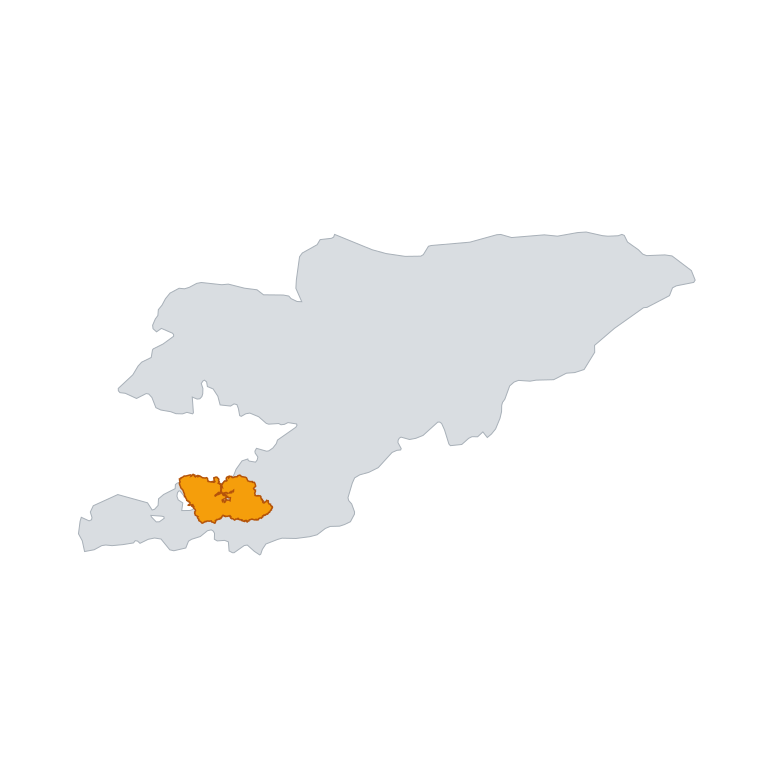 Kadamjay, Batken, Kyrgyzstan shown in context, rotated 353°
{"feature_id": "92254566B89455719533038", "entity_name": "Kadamjay", "entity_type": "district", "adm_level": 2, "iso_a3": "KGZ", "parent_name": "Kyrgyzstan", "parent_adm1": "Batken", "projection": "equal_earth", "projection_center": [71.702, 39.995], "detail": "fine", "context": "in_parent", "style": "filled", "palette": "amber", "viewbox_px": 768, "rotation_deg": 353, "n_neighbors": 0, "source": "geoboundaries", "source_scale": "gbopen_adm2", "svg_char_len": 9806}
<svg xmlns="http://www.w3.org/2000/svg" viewBox="0 0 768 768"><g transform="rotate(353 384 384)"><path d="M164.7,458.4L166.6,457.2L172.7,455.9L185.1,454.7L189.3,455.6L197.8,460.7L204.2,460.1L205.5,460.8L207.9,465.1L216.9,458.8L223.4,456.9L226.8,450.6L233.7,443.0L239.7,441.8L239.8,443.0L240.9,444.1L247.0,445.9L248.9,443.9L249.9,441.1L247.7,436.8L247.7,434.9L249.6,432.3L259.3,436.4L261.5,436.3L265.9,434.0L270.0,429.9L271.4,426.7L291.2,416.2L292.6,414.4L292.4,413.0L284.0,410.6L280.3,411.9L276.8,411.9L274.7,410.4L264.6,409.8L262.3,408.7L255.6,401.2L247.3,396.5L243.2,396.7L238.4,398.7L236.9,397.8L236.5,390.7L235.5,386.5L232.7,385.5L229.0,387.2L218.8,384.8L217.6,375.9L213.8,368.1L208.4,365.0L208.2,360.3L206.3,358.3L204.7,358.9L202.7,361.2L203.7,366.4L202.9,371.6L201.7,374.3L199.4,376.2L196.7,376.2L192.1,373.6L191.3,389.4L190.4,390.3L184.9,388.1L180.5,389.1L173.9,388.1L168.9,385.5L159.3,382.6L154.7,379.7L152.0,369.1L149.3,365.3L146.8,364.5L136.6,368.2L126.1,361.7L120.9,360.4L119.5,358.4L119.7,356.0L135.8,344.3L142.1,336.2L146.1,332.8L156.2,329.3L158.4,321.9L159.3,321.0L169.5,317.4L181.0,311.0L181.2,309.2L180.1,307.7L169.8,301.7L164.6,304.5L161.5,301.0L161.5,297.5L165.0,291.5L167.9,288.5L169.1,282.7L173.2,278.8L177.5,272.7L182.7,267.7L192.3,264.0L197.6,265.2L202.6,264.3L210.4,261.3L215.1,261.0L235.1,265.7L241.7,265.9L257.2,271.9L269.4,275.0L275.3,280.8L294.8,283.4L300.2,285.1L302.1,287.9L307.7,291.5L312.4,292.3L308.2,278.3L309.7,270.0L315.7,247.4L318.9,244.0L334.6,237.6L338.2,232.9L349.6,233.0L351.9,232.1L353.2,229.5L388.6,249.3L402.0,254.8L420.5,259.9L436.1,261.6L438.8,260.4L444.9,252.7L447.8,252.3L486.5,253.7L514.1,249.6L518.1,249.8L528.5,254.2L561.3,255.5L574.2,258.4L594.6,257.3L603.2,257.8L618.9,263.4L624.3,264.6L634.5,265.4L638.3,264.5L640.6,265.8L643.0,272.8L652.9,281.8L656.6,286.6L660.3,288.6L678.5,290.1L685.5,292.0L702.9,308.9L705.5,318.8L703.8,320.9L686.1,322.2L682.1,323.7L678.1,331.1L654.4,340.0L650.9,339.9L619.4,356.9L597.7,371.3L597.0,378.2L584.4,394.0L574.7,395.9L566.4,395.5L552.9,400.4L535.4,398.7L529.4,399.0L517.9,396.8L513.4,397.9L508.5,401.2L502.1,413.8L499.4,416.7L498.2,419.6L497.3,425.8L494.9,432.3L489.3,442.2L484.5,446.8L480.0,449.7L476.3,443.6L470.5,447.8L464.9,447.0L461.5,448.2L453.8,453.5L442.4,453.3L441.1,451.5L438.5,437.0L436.4,430.2L434.7,428.6L432.7,428.4L416.5,439.8L408.9,441.8L402.6,442.2L394.4,438.8L392.6,439.6L391.2,441.5L390.7,443.8L393.2,450.2L392.5,451.5L388.8,451.4L383.7,452.9L368.1,466.3L358.2,469.8L348.9,471.2L343.4,473.6L340.4,478.6L334.4,492.4L334.7,495.3L337.3,499.1L339.2,507.4L338.8,509.6L333.9,516.6L327.6,518.7L322.6,519.7L313.1,518.8L308.2,520.2L299.2,525.5L291.8,526.5L277.8,526.6L264.0,524.6L259.5,525.3L247.3,528.4L243.1,533.3L240.9,537.9L239.8,538.5L234.9,534.3L228.7,527.2L225.6,527.3L214.6,533.2L213.0,533.0L209.9,530.8L210.3,521.7L206.8,519.8L199.3,519.4L196.7,517.4L197.6,511.5L196.7,509.3L194.8,507.7L190.9,508.1L183.1,513.0L174.0,514.7L170.8,516.2L167.3,522.6L155.1,523.9L151.2,522.5L143.8,510.7L137.5,508.9L131.1,509.4L122.4,512.4L120.3,509.9L118.0,509.2L116.0,511.2L105.3,511.6L94.4,511.3L88.2,509.9L84.2,510.0L76.1,513.2L66.4,513.8L65.4,502.8L62.5,495.4L65.6,483.3L67.3,479.4L74.6,483.9L77.2,483.1L77.9,480.8L76.9,475.3L80.6,469.4L106.3,461.3L134.8,473.1L138.5,480.8L141.0,480.4L145.0,477.0L146.2,470.5L151.8,466.8L164.0,462.4L164.7,458.4ZM179.2,485.2L179.8,484.1L177.7,478.5L180.6,473.2L174.8,472.3L171.9,470.7L168.6,465.4L167.5,465.1L165.8,466.6L164.8,470.1L165.6,473.9L169.8,477.5L167.8,485.0L176.3,485.9L179.2,485.2ZM149.5,490.5L149.3,488.9L147.3,488.1L136.6,486.0L136.9,487.5L141.1,493.1L144.2,493.4L149.5,490.5ZM213.1,480.8L213.7,477.3L207.3,479.3L206.5,481.1L208.7,483.3L211.5,484.1L213.1,480.8Z" fill="#d9dde1" stroke="#a8b0b8" stroke-width="1"/><path d="M258.0,493.5L258.3,492.6L258.1,491.9L257.6,491.9L257.3,491.2L256.8,490.9L256.6,490.0L256.7,489.5L255.4,489.1L254.6,487.4L254.9,486.8L254.7,486.5L254.8,485.7L253.7,485.5L253.4,485.2L252.3,486.5L251.6,486.6L250.8,487.3L250.3,487.4L249.6,487.1L249.3,486.7L249.3,486.1L250.1,485.6L250.0,485.4L249.2,484.9L249.2,484.6L248.8,484.1L249.0,483.8L248.3,483.7L248.4,482.6L247.8,481.9L248.1,480.8L247.7,480.1L245.8,479.5L245.6,479.7L244.9,479.4L244.4,479.7L242.4,478.9L242.6,478.0L242.3,476.5L243.3,475.1L243.1,474.4L243.5,473.7L242.4,473.1L242.1,472.7L241.8,471.7L242.4,471.3L242.8,470.7L243.9,470.2L244.2,469.7L243.9,467.5L243.7,467.1L243.5,466.2L243.1,465.7L242.3,465.8L241.5,465.6L241.5,464.8L239.0,464.5L237.0,463.5L236.1,460.4L235.2,459.7L231.3,458.5L230.2,457.1L229.6,456.9L227.8,457.2L227.0,458.1L224.1,458.0L223.9,458.3L222.6,458.5L221.7,458.2L221.7,457.5L221.4,457.2L219.3,456.8L219.2,456.6L216.7,457.3L215.9,458.3L216.1,460.0L216.4,460.6L216.1,461.0L215.2,461.1L214.3,460.8L213.5,461.2L212.4,462.5L211.0,463.5L211.2,463.9L210.4,464.3L210.1,465.4L209.9,465.0L209.5,465.0L209.7,464.4L209.3,463.5L208.9,463.4L209.0,463.2L208.5,463.1L207.7,462.4L207.3,462.3L207.4,461.9L207.0,461.8L208.5,462.1L208.1,461.7L208.0,461.0L208.4,460.9L208.8,461.2L208.0,459.5L208.4,458.7L208.3,458.0L207.3,457.1L207.3,456.5L206.5,456.0L205.6,455.9L204.5,456.4L204.2,456.2L203.7,456.3L203.6,457.4L203.8,457.7L203.6,458.5L204.2,460.1L203.4,460.0L203.7,460.4L203.4,460.9L202.2,460.6L202.1,460.1L201.3,460.0L201.3,460.3L201.2,460.1L200.7,460.3L198.4,459.4L197.7,459.4L197.4,459.0L197.6,458.5L197.3,458.0L197.3,456.2L196.6,455.4L196.1,455.3L195.3,455.6L192.4,454.9L190.2,453.0L188.8,453.2L189.4,452.6L188.9,452.3L188.3,452.4L187.9,452.1L187.6,452.3L187.6,452.6L187.0,452.7L186.9,452.6L186.9,452.4L186.3,452.3L185.5,453.2L184.8,452.6L184.4,451.7L184.9,451.3L183.5,450.4L182.2,451.3L181.8,451.9L181.4,452.0L182.0,451.3L180.7,450.6L176.0,451.2L174.5,451.0L173.7,451.3L172.7,452.1L172.0,452.1L170.7,452.6L170.8,453.1L170.4,453.3L169.4,453.3L169.4,455.5L169.7,456.0L169.5,456.7L169.0,457.2L168.7,458.3L169.0,458.8L169.1,459.9L169.5,460.8L169.5,461.7L170.0,462.9L170.9,463.9L171.6,465.1L172.0,467.5L172.5,468.3L172.3,471.5L173.1,471.5L173.2,472.6L174.0,474.4L174.0,475.5L175.8,476.6L175.5,476.9L177.0,478.0L176.8,479.3L175.0,480.2L174.9,480.4L175.7,480.7L176.3,480.7L176.4,480.4L179.5,480.4L179.6,480.8L179.1,481.0L178.2,481.0L178.2,481.4L178.5,481.5L178.3,481.8L178.9,482.2L179.7,482.2L179.8,481.8L180.3,482.2L180.4,482.7L179.7,482.9L179.9,483.4L179.8,483.7L181.3,485.6L181.5,486.9L180.4,488.0L180.7,488.9L180.3,489.5L180.8,490.7L180.7,491.1L183.1,492.9L182.7,493.1L182.6,494.0L182.8,494.2L183.0,494.9L183.3,495.1L183.8,495.8L183.5,496.2L183.6,496.9L183.8,497.3L185.0,498.0L186.5,500.0L187.9,499.7L188.5,499.2L189.5,499.1L189.7,498.6L191.0,498.9L191.4,498.5L192.2,498.5L194.0,498.9L195.8,498.8L196.1,499.9L198.3,500.8L198.6,501.4L199.4,501.4L200.3,499.7L200.0,498.9L201.2,498.6L201.6,498.1L202.4,498.4L203.2,497.9L204.3,498.1L204.7,497.5L205.1,497.8L205.8,497.6L205.9,496.8L206.7,496.6L207.0,495.6L207.8,495.3L208.1,494.7L208.4,494.7L208.7,495.3L209.4,495.3L209.5,495.6L209.8,495.6L209.8,495.9L210.7,496.0L210.8,496.3L211.5,496.1L212.3,496.3L213.5,496.0L214.3,496.4L215.0,495.9L215.9,497.1L215.8,497.5L215.3,497.7L215.5,498.4L216.4,499.2L217.0,499.1L217.9,499.6L219.0,500.8L220.0,500.5L220.6,499.9L221.3,500.2L222.2,500.2L222.3,499.8L222.6,499.9L222.9,499.6L223.2,499.8L223.1,500.5L223.4,500.5L223.9,501.1L226.1,501.3L226.6,501.6L226.1,502.2L228.9,503.5L229.3,503.3L229.1,502.7L229.5,502.6L229.9,502.8L230.5,502.5L231.0,502.8L230.8,503.2L231.2,504.2L231.5,504.3L232.3,503.5L233.2,503.5L233.8,502.3L235.1,502.4L235.7,502.0L236.3,502.0L236.6,502.2L237.0,502.1L237.8,502.7L238.4,502.7L239.2,503.2L239.8,503.2L240.3,502.7L240.7,502.8L240.4,503.0L241.1,503.5L242.8,503.4L243.2,502.4L243.6,502.3L243.9,502.0L244.3,502.1L245.6,501.8L246.1,502.2L246.5,501.6L247.3,501.2L247.1,500.8L247.3,500.3L247.5,500.1L248.1,500.2L248.8,499.4L249.1,499.4L249.6,499.9L250.4,499.6L250.5,499.2L251.0,499.2L251.6,498.7L252.5,499.0L253.0,498.6L253.0,498.3L253.7,497.9L253.8,497.4L254.8,497.4L255.2,496.6L256.4,495.2L256.9,495.3L257.3,493.7L258.0,493.5ZM209.2,479.5L210.7,478.7L212.1,478.7L212.9,477.9L213.6,477.6L213.2,477.3L213.5,476.9L213.8,477.1L214.1,476.8L213.9,476.3L214.3,476.7L215.2,476.7L215.4,477.8L215.9,478.0L217.7,478.1L216.9,481.1L216.1,480.4L214.1,480.1L213.5,479.5L213.0,479.8L212.6,480.9L211.6,482.0L211.0,482.1L210.9,481.7L211.2,480.5L209.7,480.1L209.4,480.6L209.2,479.5ZM204.9,472.9L206.1,471.8L206.3,472.1L206.7,472.2L206.6,471.9L207.1,472.0L207.2,471.7L207.4,471.9L207.3,471.7L208.3,471.6L209.0,470.9L208.9,470.7L209.0,470.4L209.0,470.9L209.2,471.1L209.5,471.1L209.9,471.8L209.8,472.1L210.5,472.7L211.9,472.7L213.9,472.4L215.0,472.7L215.4,472.5L214.9,472.8L215.3,473.2L215.2,473.4L214.7,472.9L213.8,472.6L213.5,472.6L213.7,472.9L211.2,472.9L212.1,473.9L211.9,474.7L213.2,475.1L213.3,475.4L213.2,474.8L212.4,474.3L212.7,474.4L213.1,474.1L212.9,474.5L213.7,475.0L213.4,475.1L213.4,475.5L214.0,476.7L213.7,476.9L213.6,476.0L213.0,475.5L212.0,474.8L211.7,474.8L211.6,475.2L211.1,475.0L211.3,474.7L210.5,474.0L210.3,473.2L209.4,472.4L209.2,471.8L208.0,472.3L208.0,472.7L207.6,472.6L207.1,473.2L206.7,473.4L206.2,473.5L205.9,473.1L204.9,472.9ZM217.1,473.3L217.5,472.8L218.4,472.5L218.8,472.7L219.2,471.9L219.7,472.0L219.9,472.6L219.6,473.4L217.1,473.3ZM209.2,466.9L209.5,466.9L209.8,466.3L209.5,466.1L209.6,465.4L210.8,465.6L210.8,466.0L210.5,465.9L210.6,466.1L210.4,466.5L210.5,466.5L210.3,466.9L210.6,466.9L210.7,467.1L210.2,466.9L210.1,467.2L210.3,467.3L209.6,467.6L209.5,468.4L209.2,467.4L209.5,466.9L209.2,466.9ZM202.3,475.0L203.2,474.1L202.9,473.8L203.5,473.3L204.4,473.2L204.5,472.9L205.0,473.1L205.0,473.6L202.3,475.0ZM208.9,470.3L209.0,469.2L209.5,468.8L209.7,469.0L209.5,469.8L209.1,470.5L208.9,470.3ZM221.0,472.0L221.2,471.4L221.7,471.1L221.5,472.3L221.3,472.5L221.0,472.0ZM218.4,458.3L218.4,457.8L218.7,458.1L218.4,458.3Z" fill="#f59e0b" stroke="#b45309" stroke-width="1.5"/></g></svg>